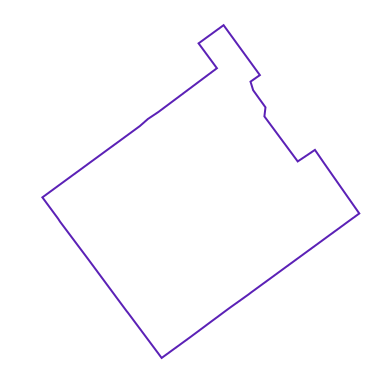 the district of St. Joseph, Indiana, United States of America, rotated 144°
{"feature_id": "52423323B40816169935337", "entity_name": "St. Joseph", "entity_type": "district", "adm_level": 2, "iso_a3": "USA", "parent_name": "United States of America", "parent_adm1": "Indiana", "projection": "albers", "projection_center": [-86.288, 41.597], "detail": "fine", "context": "isolated", "style": "outline", "palette": "violet", "viewbox_px": 384, "rotation_deg": 144, "n_neighbors": 0, "source": "geoboundaries", "source_scale": "gbopen_adm2", "svg_char_len": 582}
<svg xmlns="http://www.w3.org/2000/svg" viewBox="0 0 384 384"><g transform="rotate(144 192 192)"><path d="M316.2,275.6L316.0,249.0L316.2,245.5L315.5,199.2L315.1,153.6L315.1,151.7L314.9,133.8L314.8,132.4L314.1,75.6L301.4,75.6L280.9,75.6L280.7,75.6L279.4,75.6L252.5,75.9L231.9,76.1L227.4,76.1L206.5,75.9L202.8,76.0L81.2,76.3L71.9,76.3L69.3,76.3L68.5,122.4L68.2,138.1L67.8,153.8L88.5,154.6L89.0,210.6L82.8,217.3L82.7,238.4L79.8,246.9L68.4,246.7L68.4,308.4L99.3,308.4L99.1,277.5L172.2,276.5L184.7,277.0L195.5,276.0L316.2,275.6Z" fill="none" stroke="#5b21b6" stroke-width="2"/></g></svg>